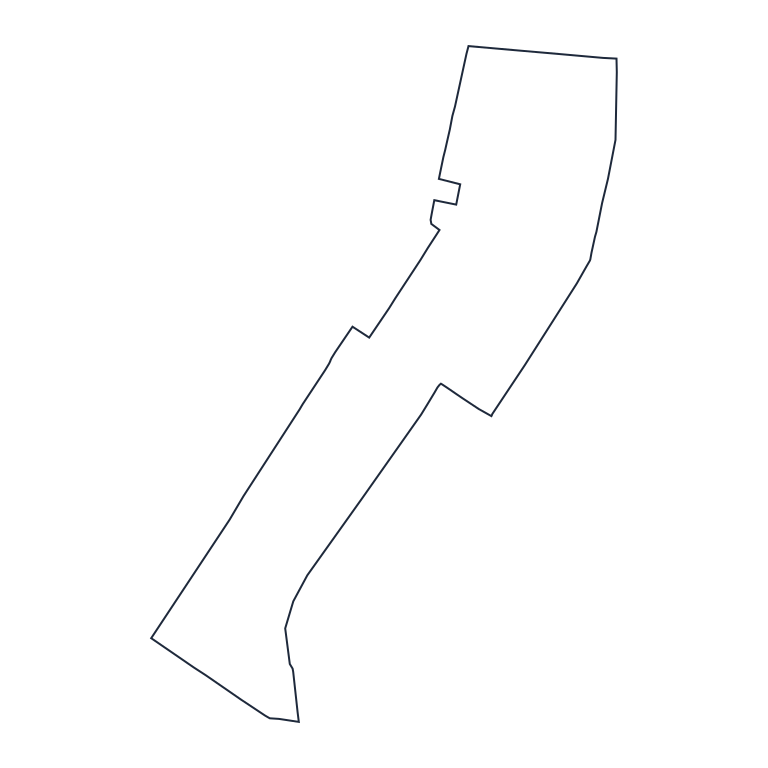 the district of Al-Arab, Bur Sa`id, Egypt
{"feature_id": "37247803B56705679670206", "entity_name": "Al-Arab", "entity_type": "district", "adm_level": 2, "iso_a3": "EGY", "parent_name": "Egypt", "parent_adm1": "Bur Sa`id", "projection": "albers", "projection_center": [32.296, 31.262], "detail": "fine", "context": "isolated", "style": "outline", "palette": "slate", "viewbox_px": 768, "rotation_deg": 0, "n_neighbors": 0, "source": "geoboundaries", "source_scale": "gbopen_adm2", "svg_char_len": 1162}
<svg xmlns="http://www.w3.org/2000/svg" viewBox="0 0 768 768"><path d="M616.5,58.6L602.9,57.9L566.8,54.7L558.9,54.0L519.7,50.6L468.5,46.1L466.5,53.7L455.0,106.5L452.4,115.9L449.8,129.6L447.1,141.4L445.2,149.9L443.4,157.0L440.5,171.0L438.9,178.9L460.2,184.3L456.2,204.6L434.3,200.2L431.8,213.3L430.6,219.9L431.0,221.9L431.3,223.9L439.5,230.0L427.8,248.0L420.3,260.2L395.4,298.1L389.1,308.2L369.2,337.6L352.5,326.7L335.2,352.2L331.5,358.2L330.4,360.6L330.3,361.1L329.1,363.6L325.1,370.2L302.8,404.0L301.3,406.5L299.8,409.1L243.5,496.1L229.6,519.7L151.2,638.2L193.7,667.4L205.7,675.2L241.3,699.8L265.1,715.6L267.5,717.0L269.8,718.3L279.0,718.9L298.8,721.9L297.6,712.2L293.2,671.9L292.9,670.2L292.6,668.6L289.8,664.0L285.2,628.4L293.3,601.3L307.3,575.3L362.5,497.8L421.1,414.6L427.3,404.5L434.5,392.6L437.5,387.4L439.5,384.9L440.9,383.7L442.1,384.4L446.8,387.5L457.0,394.5L462.6,398.3L478.9,409.1L491.4,416.1L491.9,415.1L492.3,414.0L524.9,365.0L576.9,283.3L586.5,266.4L589.9,260.6L590.1,260.0L590.3,259.5L591.5,252.7L595.0,236.7L595.7,234.3L596.4,231.9L602.1,203.1L608.0,178.7L615.5,139.9L616.8,72.2L616.5,58.6Z" fill="none" stroke="#1e293b" stroke-width="2"/></svg>